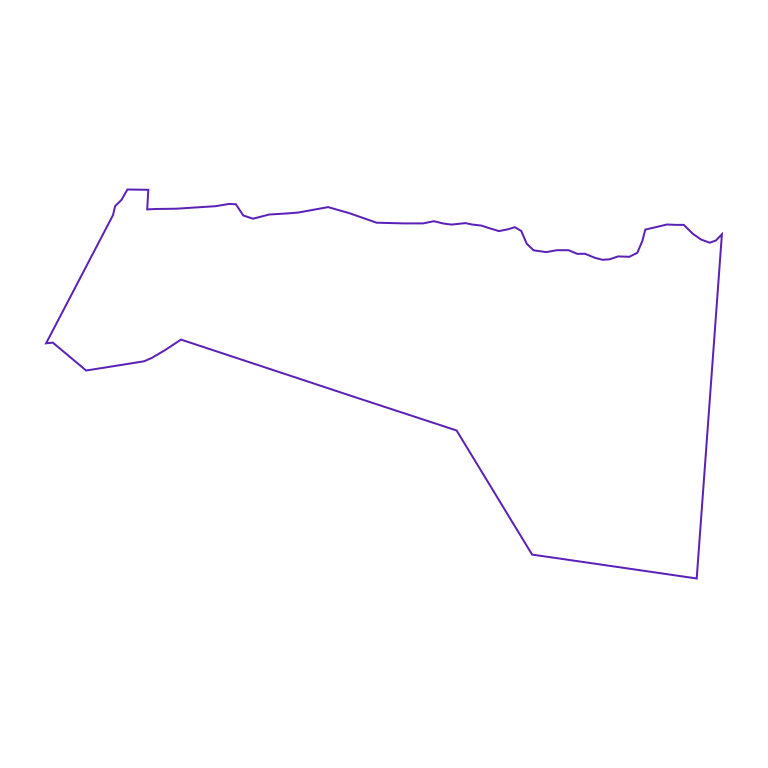 the district of Fernando Pedroza, Rio Grande do Norte, Brazil
{"feature_id": "56859067B72055412128450", "entity_name": "Fernando Pedroza", "entity_type": "district", "adm_level": 2, "iso_a3": "BRA", "parent_name": "Brazil", "parent_adm1": "Rio Grande do Norte", "projection": "albers", "projection_center": [-36.408, -5.775], "detail": "fine", "context": "isolated", "style": "outline", "palette": "violet", "viewbox_px": 768, "rotation_deg": 0, "n_neighbors": 0, "source": "geoboundaries", "source_scale": "gbopen_adm2", "svg_char_len": 951}
<svg xmlns="http://www.w3.org/2000/svg" viewBox="0 0 768 768"><path d="M46.1,343.3L52.8,342.6L86.1,370.5L144.0,361.3L151.6,358.0L164.9,350.2L181.0,339.6L356.0,397.5L456.6,430.5L532.1,554.6L696.7,578.5L721.9,234.3L715.9,240.5L709.7,242.7L701.0,239.5L692.7,233.7L683.8,224.9L676.5,224.9L666.9,224.5L660.3,226.1L645.3,229.6L642.4,240.9L637.3,252.8L629.3,256.8L618.2,256.4L609.5,259.3L602.7,259.8L595.2,257.9L585.1,253.8L577.1,253.8L568.6,250.2L556.9,250.2L546.3,252.1L533.6,250.3L526.7,243.7L521.3,231.0L514.8,227.2L507.9,229.3L499.0,231.1L490.0,228.4L481.4,225.6L472.0,224.5L465.4,223.1L451.5,224.6L443.3,223.5L433.9,221.2L423.1,223.4L404.0,223.4L376.6,222.7L349.7,213.3L328.1,207.1L298.5,212.5L287.9,213.4L269.3,214.5L253.0,218.7L243.3,215.5L235.9,204.3L229.3,203.9L215.5,206.2L199.7,207.2L176.4,208.7L155.5,209.0L147.2,209.4L148.3,189.8L127.4,189.5L121.7,199.6L115.1,206.2L113.0,215.1L46.1,343.3Z" fill="none" stroke="#5b21b6" stroke-width="2"/></svg>